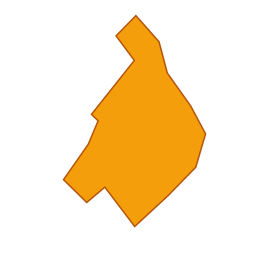 outline of Urgench city, Khorezm, Uzbekistan, rotated 227°
{"feature_id": "79887680B89988624723633", "entity_name": "Urgench city", "entity_type": "district", "adm_level": 2, "iso_a3": "UZB", "parent_name": "Uzbekistan", "parent_adm1": "Khorezm", "projection": "mercator", "projection_center": [60.587, 41.514], "detail": "fine", "context": "isolated", "style": "filled", "palette": "amber", "viewbox_px": 256, "rotation_deg": 227, "n_neighbors": 0, "source": "geoboundaries", "source_scale": "gbopen_adm2", "svg_char_len": 365}
<svg xmlns="http://www.w3.org/2000/svg" viewBox="0 0 256 256"><g transform="rotate(227 128 128)"><path d="M134.2,45.6L101.7,47.0L100.5,70.7L51.4,65.7L51.2,110.7L53.1,150.8L70.8,180.7L101.4,188.9L141.3,194.2L169.9,209.5L204.8,210.4L203.5,182.1L173.1,178.7L162.9,110.6L153.6,111.0L143.2,87.8L134.2,45.6Z" fill="#f59e0b" stroke="#b45309" stroke-width="1.5"/></g></svg>